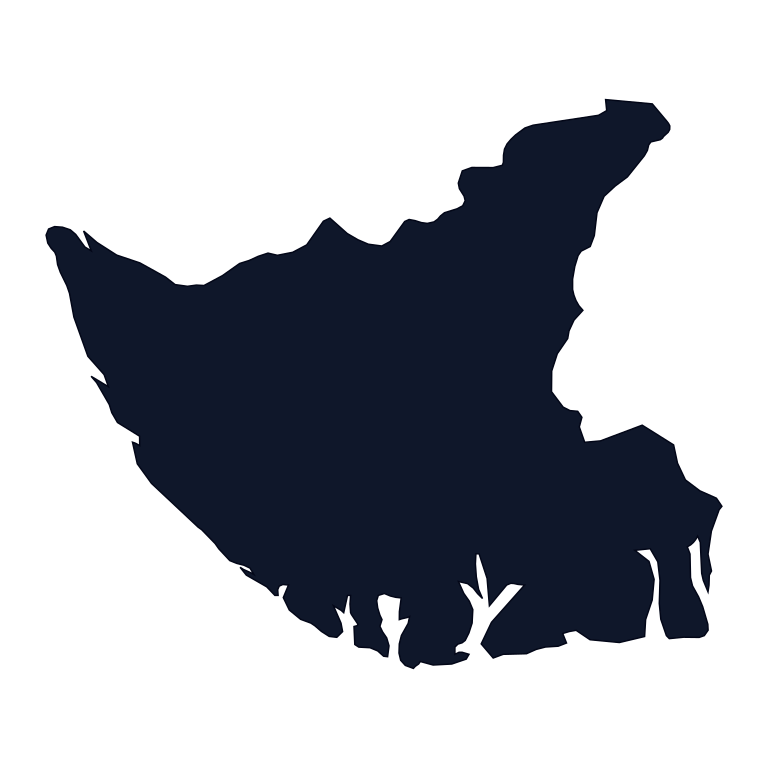 an SVG outline of Bayelsa
{"feature_id": "NGA-2845", "entity_name": "Bayelsa", "entity_type": "State", "adm_level": 1, "iso_a3": "NGA", "parent_name": "Nigeria", "parent_adm1": "", "projection": "orthographic", "projection_center": [6.155, 4.833], "detail": "fine", "context": "isolated", "style": "filled", "palette": "ink", "viewbox_px": 768, "rotation_deg": 0, "n_neighbors": 0, "source": "natural_earth", "source_scale": "10m", "svg_char_len": 3649}
<svg xmlns="http://www.w3.org/2000/svg" viewBox="0 0 768 768"><path d="M721.9,506.3L719.1,509.8L711.4,531.1L708.0,554.1L711.5,571.0L709.3,575.2L709.0,585.2L708.0,591.8L703.3,580.4L701.7,573.4L700.3,542.3L697.6,536.1L695.7,539.5L693.4,542.4L690.7,544.8L687.3,546.8L690.0,554.0L690.5,577.6L692.5,585.9L698.6,596.9L702.7,606.7L707.8,624.2L708.1,630.2L704.3,635.6L699.2,637.4L683.6,637.2L669.3,638.6L666.4,635.6L660.8,619.2L659.3,603.5L660.0,580.4L657.8,561.8L650.2,548.7L634.8,550.3L649.0,561.4L654.1,579.3L652.2,600.0L645.6,619.6L644.6,636.5L619.4,642.5L590.0,639.7L576.1,630.3L569.3,631.5L562.7,633.5L566.5,643.0L558.2,646.2L545.5,647.0L536.2,649.4L526.5,653.7L503.2,654.3L493.2,658.0L481.2,643.9L491.5,622.3L524.6,585.0L518.0,584.4L513.9,583.5L510.8,583.3L506.7,585.0L489.4,605.8L487.1,578.4L479.1,553.8L475.9,553.8L475.4,563.9L476.3,576.8L478.6,589.4L482.5,598.5L477.6,593.6L473.3,588.1L467.6,583.6L458.4,581.5L463.8,593.4L469.3,601.2L472.8,609.6L472.1,623.1L468.9,633.0L465.2,640.4L462.1,642.8L457.9,644.1L454.9,647.1L454.9,654.3L459.0,652.3L462.2,652.3L469.0,654.3L466.2,659.1L451.8,664.0L433.1,665.0L420.3,661.5L418.6,664.0L415.3,666.3L413.4,668.4L405.3,665.4L400.7,660.3L399.0,653.1L399.3,643.9L401.4,635.5L408.2,623.4L409.6,616.5L407.3,617.5L401.7,618.8L399.3,619.6L399.4,611.6L401.2,597.9L395.7,597.3L390.4,596.0L384.4,593.5L378.3,595.4L376.7,600.6L377.7,608.0L379.9,615.2L382.0,619.6L379.9,626.3L382.6,631.9L386.7,637.9L389.0,645.8L387.6,656.7L383.6,656.2L377.7,650.9L370.0,647.7L358.8,647.1L354.8,644.5L354.0,626.5L357.1,625.7L358.0,624.3L351.4,614.4L350.6,612.7L350.0,604.1L350.6,595.4L347.5,595.4L343.7,612.7L341.2,610.4L333.4,605.7L341.0,623.1L342.6,631.6L336.8,637.3L329.2,636.4L321.4,631.4L314.9,625.8L310.9,623.1L300.6,619.3L289.3,610.0L283.3,597.6L288.5,585.0L282.8,584.5L279.2,586.1L277.7,589.7L278.1,595.4L274.9,595.4L266.7,586.8L246.3,575.1L240.1,567.3L243.6,569.5L250.3,572.5L253.9,574.5L250.0,568.1L243.9,565.2L236.8,563.4L229.8,560.6L218.9,548.9L215.1,543.5L201.6,529.6L198.4,527.4L151.5,483.4L137.3,463.8L132.5,442.2L134.6,442.9L136.2,443.6L139.7,445.6L139.6,436.2L117.5,422.5L111.8,412.7L109.3,404.6L96.6,382.6L91.1,376.3L108.4,386.7L104.1,374.6L87.9,356.3L73.9,317.1L69.5,293.3L66.8,285.5L60.3,272.2L57.6,264.6L56.4,256.1L54.8,252.2L51.2,248.3L47.8,243.1L46.1,235.1L48.6,229.0L54.6,226.6L62.5,227.2L70.3,229.8L75.7,234.4L84.9,247.0L91.3,250.9L83.6,231.0L97.0,242.5L116.7,255.1L139.9,262.9L165.5,277.1L175.1,284.6L187.5,286.3L196.3,285.1L204.0,285.5L222.5,275.6L239.6,263.5L249.1,260.5L258.3,256.3L268.0,253.1L277.4,255.3L292.7,252.3L306.7,244.9L323.4,221.2L329.9,218.1L347.2,233.5L357.8,239.7L368.3,244.2L381.8,246.0L390.2,241.5L404.7,221.5L409.1,219.5L415.0,220.6L421.4,222.6L427.3,223.4L434.0,221.9L437.7,219.2L440.5,215.9L444.5,212.7L456.8,208.9L462.7,205.8L465.2,200.7L464.1,196.2L459.4,188.7L458.3,183.1L462.3,170.9L471.8,167.5L493.2,167.6L502.3,165.3L503.4,162.4L503.5,155.2L504.5,149.1L507.1,143.9L511.0,139.3L515.6,134.9L524.9,128.0L533.1,125.2L598.5,115.3L606.7,110.6L605.6,99.6L652.3,103.9L666.9,121.3L668.5,123.4L669.8,125.9L669.7,129.4L668.2,132.2L663.5,136.5L662.5,138.1L660.3,139.7L650.9,141.9L648.7,144.9L647.4,150.4L644.3,155.8L627.4,176.9L615.1,186.1L604.1,196.3L597.0,212.7L594.3,235.6L590.2,246.5L581.2,251.1L578.1,255.6L574.8,266.4L572.6,279.1L572.6,289.5L573.9,295.1L576.0,300.6L578.9,305.7L582.9,310.3L574.0,320.1L569.0,330.9L567.7,338.5L557.3,353.7L551.7,371.0L551.5,391.7L563.1,407.1L570.0,410.6L577.7,411.3L581.9,417.3L579.3,426.9L584.7,442.3L600.4,440.9L642.2,425.2L673.6,444.9L677.5,463.2L685.4,479.9L699.8,490.8L716.4,498.2L721.9,506.3Z" fill="#0f172a" stroke="#020617" stroke-width="1.5"/></svg>